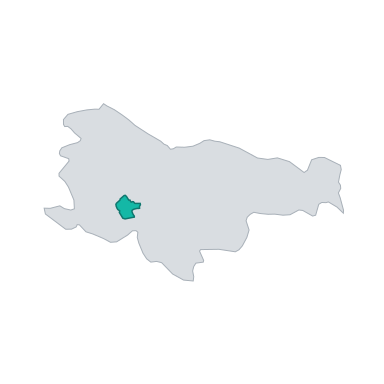 Cerknica highlighted on a map of Slovenia, rotated 24°
{"feature_id": "SVN-943", "entity_name": "Cerknica", "entity_type": "Municipality", "adm_level": 1, "iso_a3": "SVN", "parent_name": "Slovenia", "parent_adm1": "", "projection": "natural_earth1", "projection_center": [14.404, 45.799], "detail": "fine", "context": "in_parent", "style": "filled", "palette": "teal", "viewbox_px": 384, "rotation_deg": 24, "n_neighbors": 0, "source": "natural_earth", "source_scale": "10m", "svg_char_len": 2305}
<svg xmlns="http://www.w3.org/2000/svg" viewBox="0 0 384 384"><g transform="rotate(24 192 192)"><path d="M338.9,149.8L330.6,146.8L320.6,145.6L318.8,147.2L314.8,148.8L312.8,151.7L314.4,162.9L312.0,164.9L300.7,163.8L296.9,165.0L290.8,172.9L284.5,176.2L276.5,178.6L270.6,181.4L263.1,183.9L256.7,185.4L254.2,188.8L252.7,192.6L253.1,196.3L259.6,203.5L260.6,211.2L259.9,220.7L258.4,225.7L255.9,229.0L239.9,233.4L223.3,241.1L222.9,242.9L230.5,249.8L230.8,251.5L224.5,255.4L223.9,259.4L224.7,263.9L228.0,268.6L229.3,272.8L220.1,275.9L207.7,274.8L193.0,268.9L187.9,269.8L182.9,272.8L177.8,271.5L172.2,267.9L164.3,260.4L160.5,255.8L158.9,250.8L156.7,250.1L153.4,251.6L150.7,257.5L143.4,268.2L138.0,271.1L129.8,270.5L118.4,270.7L111.3,271.5L102.5,267.8L100.4,268.5L100.4,271.0L97.1,274.9L91.8,277.4L67.0,271.7L63.5,266.9L69.1,264.6L76.9,258.4L82.2,259.1L88.6,257.8L91.4,255.2L87.4,247.4L77.1,237.7L71.6,234.1L64.1,231.6L62.9,229.0L67.1,213.8L65.8,211.7L57.2,212.4L55.2,210.8L54.5,208.2L55.1,204.6L60.9,198.6L67.4,193.4L69.1,190.5L68.9,188.2L60.7,185.8L55.7,183.5L51.8,182.6L49.1,184.0L47.1,182.5L45.1,178.1L47.1,171.5L54.5,165.3L62.5,159.8L69.4,155.9L73.4,154.2L75.3,147.3L79.4,148.0L87.6,148.4L96.7,150.0L105.2,151.9L112.7,154.3L128.4,156.8L142.7,158.3L147.0,159.7L150.5,159.6L154.9,161.7L157.4,160.1L159.3,157.3L167.1,154.1L174.2,149.8L179.3,144.4L182.1,140.2L187.0,137.1L192.2,136.3L197.0,134.8L217.3,132.7L238.0,134.3L248.0,131.4L256.1,126.1L268.0,124.7L268.6,124.6L286.5,128.6L287.8,126.3L288.6,125.3L288.2,113.9L293.8,108.8L299.0,106.6L316.8,107.3L319.2,110.8L320.1,116.2L321.8,123.4L324.8,125.4L326.4,128.2L326.1,133.3L329.7,137.0L337.9,147.1L338.9,149.8Z" fill="#d9dde1" stroke="#a8b0b8" stroke-width="1"/><path d="M144.2,225.6L144.8,225.5L149.3,223.5L150.1,224.7L149.9,225.7L150.0,226.9L150.7,228.2L149.6,228.9L148.7,229.2L146.2,231.1L145.6,231.7L145.2,232.3L144.8,233.0L144.8,233.6L145.2,234.4L146.8,236.0L148.5,237.2L149.0,237.4L149.3,237.9L149.5,238.4L148.2,239.3L141.8,243.8L139.5,244.1L134.0,240.3L133.6,238.6L131.4,238.2L130.3,237.5L128.6,235.9L127.5,234.2L127.6,232.9L129.5,228.7L129.2,227.6L131.4,222.9L132.3,222.2L133.9,222.7L137.5,225.1L138.6,224.6L139.4,225.3L139.8,225.6L140.2,225.9L140.8,225.8L141.4,225.1L142.5,224.7L144.2,225.6Z" fill="#14b8a6" stroke="#0f766e" stroke-width="1.5"/></g></svg>